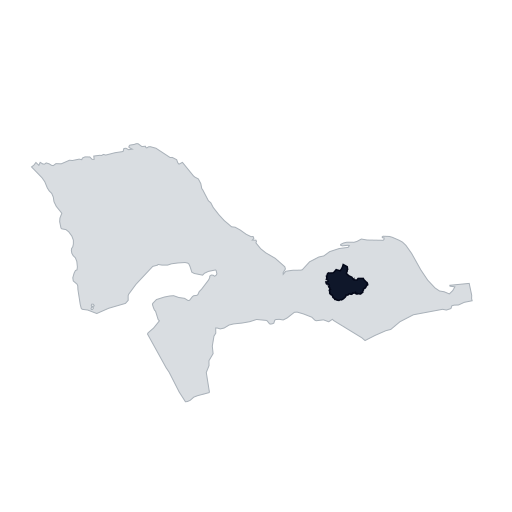 Mabote, Inhambane, Mozambique shown in context, rotated 260°
{"feature_id": "85939544B65323255513357", "entity_name": "Mabote", "entity_type": "district", "adm_level": 2, "iso_a3": "MOZ", "parent_name": "Mozambique", "parent_adm1": "Inhambane", "projection": "albers", "projection_center": [33.733, -22.104], "detail": "fine", "context": "in_parent", "style": "filled", "palette": "ink", "viewbox_px": 512, "rotation_deg": 260, "n_neighbors": 0, "source": "geoboundaries", "source_scale": "gbopen_adm2", "svg_char_len": 8050}
<svg xmlns="http://www.w3.org/2000/svg" viewBox="0 0 512 512"><g transform="rotate(260 256 256)"><path d="M153.8,348.7L157.1,346.0L179.0,321.2L180.4,320.2L178.6,316.2L181.4,311.4L181.8,304.0L182.6,302.8L186.0,300.4L190.7,292.7L193.6,286.8L193.9,284.0L189.6,276.0L188.3,271.7L189.6,267.9L190.0,264.5L189.5,263.3L186.8,261.9L186.4,260.3L186.4,258.5L186.9,257.5L190.1,255.8L190.8,254.9L193.4,245.5L192.4,238.5L192.4,230.5L193.0,222.2L192.7,217.5L190.6,212.1L190.4,208.1L191.8,205.4L192.1,203.8L187.0,203.0L184.4,200.7L174.8,197.3L167.3,196.8L161.1,191.5L156.2,190.7L149.9,186.8L130.3,186.5L129.6,186.1L128.6,174.2L127.8,170.2L125.3,166.1L124.6,163.2L124.7,161.2L135.5,156.7L156.8,150.2L161.5,148.1L198.0,135.6L199.1,136.4L202.8,142.6L208.9,149.6L210.4,148.6L219.1,147.5L220.4,146.6L223.1,146.0L226.2,145.6L227.2,146.0L230.4,150.4L231.5,158.6L231.6,164.1L231.2,168.0L228.6,172.6L226.7,178.3L223.9,181.4L223.9,182.9L227.1,186.4L227.7,187.8L227.5,190.8L228.0,192.0L230.8,193.9L232.8,196.7L240.6,205.1L242.6,206.6L244.2,207.0L245.0,208.6L244.5,210.5L243.3,211.6L243.8,213.2L245.2,214.4L248.8,214.2L249.3,213.7L249.1,206.4L247.9,202.1L246.4,200.1L249.5,192.2L251.2,190.0L257.1,189.2L259.8,188.5L260.9,187.5L261.9,185.0L262.7,178.0L263.0,171.4L262.4,167.5L263.4,161.7L264.7,158.1L264.1,157.4L263.7,152.5L249.0,132.9L240.6,124.1L239.2,123.2L234.5,122.4L232.0,119.2L230.1,101.8L227.0,89.2L232.0,80.9L233.7,75.6L234.7,74.8L238.9,74.5L253.9,74.8L257.6,75.3L259.3,74.9L263.2,71.7L266.4,71.8L270.7,73.9L273.1,75.7L273.4,77.3L276.3,78.2L281.7,78.6L285.6,77.8L288.1,76.0L290.7,75.1L293.4,75.1L295.4,75.7L296.8,77.1L299.4,78.2L303.3,78.9L307.6,78.1L312.3,75.8L315.0,73.4L316.5,69.4L317.4,68.8L323.9,68.6L327.4,69.5L331.8,72.2L339.6,67.9L344.5,66.5L349.2,66.6L353.1,65.7L356.1,63.6L359.3,62.3L365.8,60.9L370.3,58.8L382.7,50.4L384.0,53.0L386.3,55.5L383.0,57.9L385.7,59.7L383.6,62.1L383.2,63.8L384.1,65.5L382.7,68.3L380.8,70.4L380.2,72.0L381.7,75.0L380.6,80.2L382.7,89.0L381.9,91.8L382.1,98.7L381.1,101.1L382.6,102.1L383.3,104.8L382.4,109.5L379.6,111.4L379.3,113.4L382.6,113.6L382.3,119.6L381.8,121.3L382.5,123.4L381.5,125.6L382.2,135.2L382.0,142.2L382.1,143.3L384.8,144.6L384.7,146.6L382.8,149.0L382.7,152.7L384.9,149.8L386.1,149.9L387.1,151.1L387.0,155.4L387.4,157.5L387.1,159.3L383.6,162.6L383.3,166.1L382.0,166.4L381.4,167.2L382.2,169.2L382.0,170.9L379.5,176.2L367.9,188.5L367.6,190.7L364.6,194.6L361.5,195.1L359.8,196.1L361.0,199.8L345.9,208.2L344.4,209.4L341.9,212.6L336.9,214.2L331.7,214.3L330.8,214.9L318.7,218.7L316.3,220.7L311.2,222.3L303.1,226.6L296.5,230.8L289.0,237.0L288.0,240.4L284.4,244.9L279.1,250.1L275.9,254.5L275.7,256.5L273.8,257.0L272.3,255.1L271.6,258.7L270.3,259.0L268.9,258.2L262.3,261.9L257.4,266.2L250.4,274.5L240.4,282.5L238.1,282.7L234.9,279.8L233.2,279.6L235.8,282.7L235.6,289.5L234.3,297.5L234.4,299.2L241.0,307.8L244.1,317.7L244.3,322.8L247.5,329.3L248.9,339.1L248.5,348.3L250.0,349.7L250.6,348.4L251.0,342.7L251.9,341.2L252.7,341.4L253.6,344.5L253.8,347.8L252.5,354.9L252.8,357.9L254.4,362.7L252.4,368.3L249.4,383.9L250.0,384.9L251.5,385.3L252.1,383.6L252.9,383.6L253.4,384.6L252.1,390.7L250.8,393.4L246.5,399.9L244.2,402.7L240.4,405.5L231.5,409.7L213.7,415.9L202.4,420.9L193.5,426.7L189.7,430.6L188.1,435.1L185.1,439.8L187.7,443.7L191.1,446.5L192.6,441.8L193.5,441.8L192.0,461.2L179.9,461.6L176.4,460.9L174.4,461.1L174.2,453.0L172.6,446.9L173.2,442.6L173.0,440.3L170.4,438.8L169.7,434.1L171.1,430.5L170.8,400.8L166.3,386.4L160.3,376.0L159.9,370.9L157.1,359.4L153.8,348.7ZM235.3,88.1L236.8,87.3L237.1,85.9L236.1,85.2L235.2,85.3L234.7,87.6L235.3,88.1ZM234.2,85.4L232.9,84.4L232.0,84.6L231.7,85.5L232.6,86.7L233.7,86.8L234.2,85.4Z" fill="#d9dde1" stroke="#a8b0b8" stroke-width="1"/><path d="M209.3,361.0L209.6,361.0L210.0,360.8L210.4,360.8L210.4,360.7L210.6,360.6L210.7,360.4L211.0,360.2L214.2,358.0L215.3,357.8L216.2,352.7L214.7,351.1L215.5,348.4L216.2,348.4L216.0,348.2L216.0,347.8L216.1,347.7L216.3,347.6L216.6,347.5L217.1,347.3L217.3,347.2L218.5,346.7L220.4,344.0L223.1,342.0L224.3,342.5L224.7,342.7L224.8,342.9L225.0,342.9L225.3,343.2L225.5,343.2L225.8,343.2L226.1,343.4L226.5,343.5L226.8,343.9L229.6,344.0L232.5,340.4L230.3,339.3L228.5,338.0L226.8,336.3L226.8,336.2L227.6,334.9L227.7,334.4L228.7,332.6L226.4,329.9L226.3,329.6L226.1,329.1L226.0,328.7L226.0,328.4L225.9,328.0L225.9,327.9L226.0,327.7L226.1,327.4L226.2,327.2L226.3,327.1L226.3,326.4L226.3,326.1L226.3,325.9L226.8,324.3L226.5,324.0L226.2,323.5L226.0,323.3L225.8,323.1L225.3,322.9L224.9,322.8L224.3,322.6L224.2,322.4L223.9,322.0L223.9,321.9L223.7,321.9L223.4,321.9L223.1,322.1L222.9,322.2L222.7,322.1L222.5,321.9L221.7,321.9L221.2,321.5L220.9,321.2L220.7,321.2L220.7,321.5L220.1,322.2L219.6,322.7L219.4,322.7L218.8,322.7L218.4,322.7L218.3,322.3L218.3,322.2L218.2,322.0L218.2,321.9L218.2,321.7L218.2,321.3L218.2,321.0L218.2,320.8L218.3,320.7L218.4,320.3L218.3,320.2L218.1,320.3L217.9,320.4L217.8,320.5L216.9,320.5L216.8,320.4L216.7,320.4L216.5,320.6L216.3,320.6L216.1,320.8L216.1,321.1L216.1,321.3L216.2,321.5L216.0,321.8L216.0,322.0L215.9,322.1L215.7,322.1L215.8,322.2L215.9,322.3L215.8,322.5L215.7,322.6L215.5,322.8L215.4,322.7L215.1,322.9L214.9,322.9L214.5,323.0L214.4,323.1L214.2,323.0L214.0,322.9L213.7,322.6L213.4,322.5L213.2,322.5L213.2,322.4L212.9,322.5L212.7,322.4L212.4,322.5L212.2,322.6L212.2,322.9L212.0,323.0L211.8,323.1L211.7,323.1L211.5,323.3L211.4,323.3L211.2,323.2L210.8,323.0L210.7,323.0L210.6,322.9L210.4,322.9L210.3,323.0L210.3,322.9L210.2,322.7L209.9,322.7L209.7,322.5L209.7,322.4L209.5,322.2L209.4,322.2L209.2,322.2L209.1,322.5L208.7,322.5L208.6,322.4L208.3,322.5L208.0,322.5L207.9,322.5L207.6,322.5L207.5,322.3L207.3,322.3L207.1,322.3L206.9,322.2L206.7,322.1L206.4,322.2L206.2,322.2L206.0,322.3L205.9,322.4L205.7,322.5L205.5,322.8L205.4,323.0L205.2,323.1L204.9,323.2L204.9,323.3L204.9,323.5L204.8,323.8L204.7,323.8L204.4,324.0L204.2,324.0L203.9,324.2L203.7,324.2L203.4,324.4L203.1,324.6L202.9,324.6L202.7,324.6L202.4,324.5L202.2,324.5L201.8,324.6L201.7,324.7L201.6,325.1L201.3,325.3L200.9,325.4L200.7,325.7L200.5,326.0L200.4,326.1L200.2,326.1L200.2,325.9L200.0,326.0L199.5,326.1L199.4,326.3L199.7,326.9L199.7,327.0L199.5,327.3L199.0,327.4L198.9,327.5L198.8,327.8L198.8,328.0L198.8,328.3L198.7,328.4L198.4,328.3L197.8,330.0L198.4,331.4L198.0,332.4L197.9,332.6L198.6,334.5L199.8,336.4L200.0,336.7L200.8,337.5L202.1,338.1L201.9,338.7L201.7,338.9L201.6,339.1L201.7,339.4L201.7,339.5L201.8,339.6L201.8,339.8L201.7,339.9L201.8,340.1L202.2,340.2L202.3,340.4L202.3,340.5L202.5,340.8L202.4,340.9L202.5,341.1L202.6,341.3L202.6,341.5L202.5,341.8L202.4,341.8L202.2,341.9L202.0,342.1L202.0,342.3L202.1,342.5L202.0,342.8L201.9,343.0L201.9,343.3L201.7,343.5L201.8,343.8L201.8,344.0L202.0,344.3L202.2,344.5L202.4,344.6L202.5,344.6L202.8,344.8L202.7,345.0L202.8,345.1L202.7,345.2L202.6,345.3L202.4,345.7L202.4,345.9L202.4,346.0L202.5,346.2L202.5,346.3L202.5,346.5L202.6,346.8L202.7,347.0L202.8,347.3L202.9,347.5L203.1,347.6L202.9,347.8L202.8,347.7L202.6,347.7L202.4,347.5L202.1,347.5L201.8,347.8L201.7,347.8L201.6,347.7L201.5,347.8L201.5,348.0L201.3,348.2L201.3,348.4L201.2,348.5L201.4,348.7L201.4,348.8L201.2,349.0L201.3,349.1L201.2,349.2L201.3,349.3L201.2,349.4L201.3,349.5L201.2,349.6L201.2,349.8L201.1,350.1L201.0,350.4L200.9,350.6L200.9,350.9L200.8,351.2L200.7,351.3L200.7,351.5L200.6,351.8L200.4,352.0L200.5,352.4L200.6,352.5L200.7,352.9L200.8,352.9L200.8,353.0L201.0,353.1L200.9,353.2L201.0,353.3L201.1,353.5L201.2,353.8L201.3,353.8L201.4,354.0L201.5,354.1L201.6,354.4L201.6,354.5L201.7,354.8L201.8,354.9L202.0,354.8L202.4,354.7L202.5,354.8L202.6,355.0L202.9,355.1L203.2,355.2L203.4,355.5L203.6,355.5L203.8,355.7L203.9,355.9L204.2,355.9L204.6,355.9L204.7,356.0L204.8,356.1L204.8,356.3L204.9,356.5L205.1,356.8L205.2,357.0L205.5,357.1L205.6,357.4L205.5,357.5L205.4,357.8L205.5,357.9L205.8,357.9L205.9,358.1L205.8,358.3L206.0,358.5L206.4,358.9L206.7,358.9L206.9,359.2L207.5,359.5L207.7,359.9L207.7,360.1L208.1,360.4L208.2,360.8L208.7,360.9L208.9,360.8L209.1,360.6L209.3,360.7L209.4,360.9L209.3,361.0Z" fill="#0f172a" stroke="#020617" stroke-width="1.5"/></g></svg>